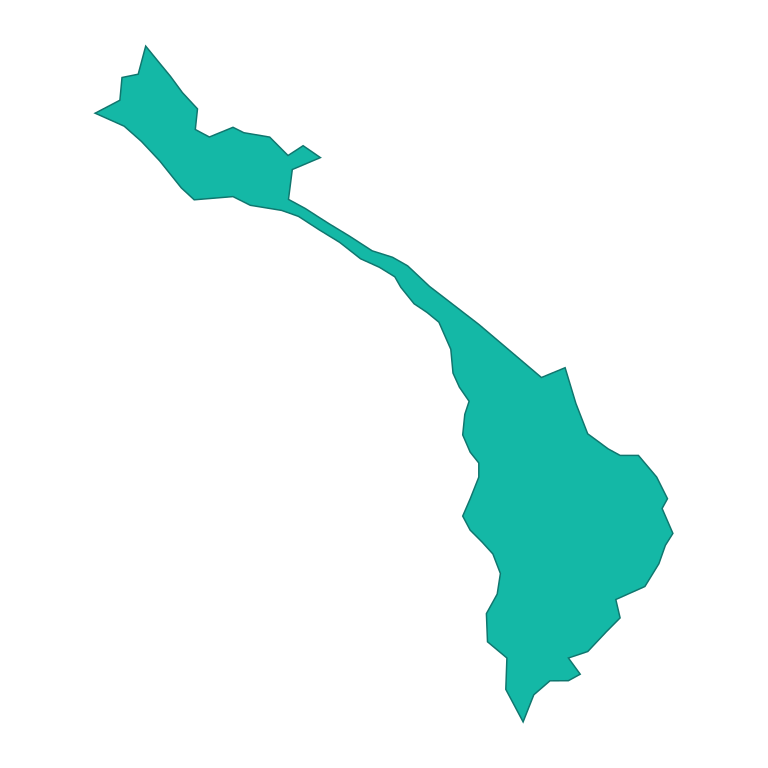 Nikitas, Cyprus (orthographic projection)
{"feature_id": "46923920B78041797088340", "entity_name": "Nikitas", "entity_type": "district", "adm_level": 2, "iso_a3": "CYP", "parent_name": "Cyprus", "parent_adm1": "", "projection": "orthographic", "projection_center": [32.942, 35.183], "detail": "fine", "context": "isolated", "style": "filled", "palette": "teal", "viewbox_px": 768, "rotation_deg": 0, "n_neighbors": 0, "source": "geoboundaries", "source_scale": "gbopen_adm2", "svg_char_len": 1253}
<svg xmlns="http://www.w3.org/2000/svg" viewBox="0 0 768 768"><path d="M523.1,721.9L533.8,694.8L550.0,680.8L568.4,680.7L580.2,674.2L568.4,658.0L587.8,651.5L606.1,632.0L620.1,617.9L615.8,599.5L644.9,586.5L658.9,563.7L665.4,545.3L672.9,533.4L662.1,508.5L667.5,498.7L656.7,477.1L638.4,455.4L620.1,455.4L608.2,448.9L587.7,433.8L575.9,403.5L565.1,367.7L541.4,377.5L478.8,324.4L429.5,286.4L407.7,265.9L392.6,257.3L372.1,250.8L349.6,236.2L349.1,235.9L329.0,223.7L317.4,216.3L305.3,208.5L288.5,199.4L288.7,197.7L292.3,169.5L320.4,157.6L303.1,145.7L288.0,155.5L269.7,137.1L243.8,132.7L233.0,127.3L209.3,137.0L195.3,129.5L197.5,108.9L182.4,92.6L170.5,76.4L159.8,63.4L145.7,46.1L138.2,74.2L122.0,77.5L119.9,100.2L95.1,113.2L124.2,126.2L141.4,141.4L159.7,160.9L181.3,187.9L194.2,199.8L233.0,196.6L250.3,205.3L252.2,205.6L281.6,210.4L298.5,216.4L319.3,229.9L339.7,242.4L360.6,258.8L379.4,267.3L394.8,276.8L400.8,287.3L414.1,303.8L427.1,312.5L438.9,322.2L450.8,349.3L453.0,373.1L459.4,387.2L469.1,401.3L464.8,414.3L462.7,434.9L470.2,452.2L478.8,463.0L478.8,477.1L470.2,498.8L462.7,516.1L470.2,530.2L482.1,542.1L492.9,554.0L500.4,573.5L497.2,594.1L486.4,613.6L487.5,641.8L506.9,658.0L505.8,689.4L523.1,721.9Z" fill="#14b8a6" stroke="#0f766e" stroke-width="1.5"/></svg>